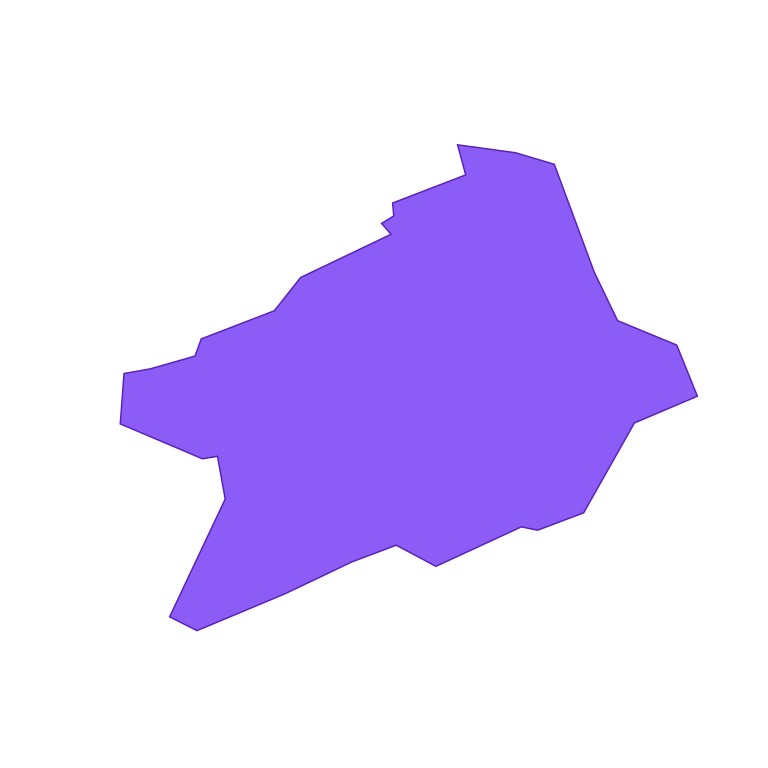 outline of Kurbin, Lezhë, Albania, rotated 338°
{"feature_id": "67620474B66777869203493", "entity_name": "Kurbin", "entity_type": "district", "adm_level": 2, "iso_a3": "ALB", "parent_name": "Albania", "parent_adm1": "Lezhë", "projection": "equal_earth", "projection_center": [19.688, 41.625], "detail": "fine", "context": "isolated", "style": "filled", "palette": "violet", "viewbox_px": 768, "rotation_deg": 338, "n_neighbors": 0, "source": "geoboundaries", "source_scale": "gbopen_adm2", "svg_char_len": 590}
<svg xmlns="http://www.w3.org/2000/svg" viewBox="0 0 768 768"><g transform="rotate(338 384 384)"><path d="M146.9,276.9L124.5,322.2L187.6,385.3L202.5,388.7L193.7,431.2L98.0,519.6L118.2,542.6L213.8,541.4L287.5,536.9L334.9,538.0L363.8,572.5L457.7,567.9L471.7,577.1L520.9,578.2L601.6,513.9L670.0,512.7L670.0,457.6L624.3,412.8L621.6,370.9L620.8,358.9L622.2,312.7L624.2,244.1L592.6,218.9L541.8,189.8L538.1,220.7L459.8,219.4L456.0,231.8L441.9,234.2L446.6,247.8L346.6,254.0L309.8,275.0L231.5,273.7L219.2,287.3L173.0,282.4L146.9,276.9Z" fill="#8b5cf6" stroke="#5b21b6" stroke-width="1.5"/></g></svg>